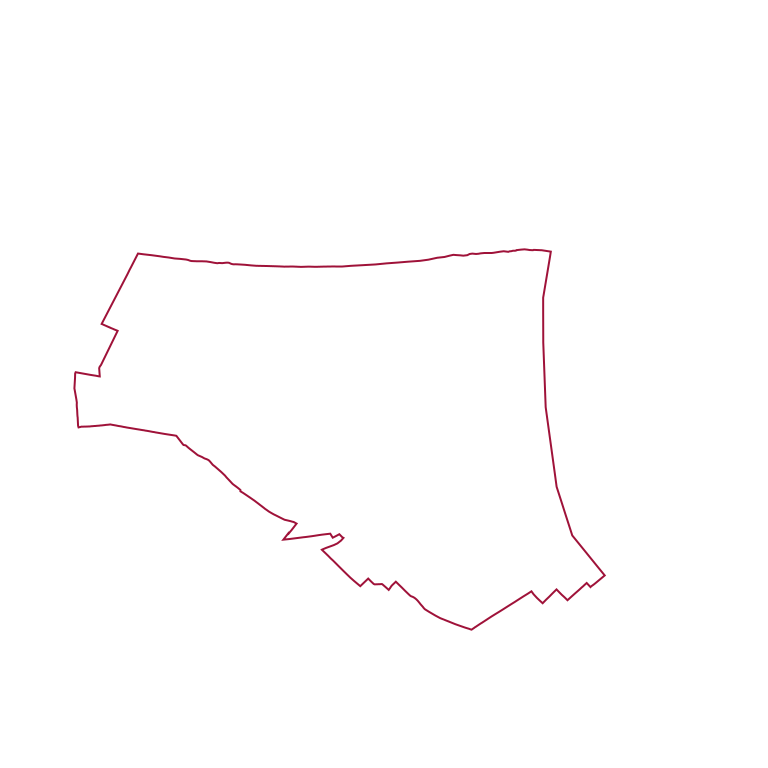 Ciudad Madero, Tamaulipas, Mexico, rotated 296°
{"feature_id": "50627088B64715613220585", "entity_name": "Ciudad Madero", "entity_type": "district", "adm_level": 2, "iso_a3": "MEX", "parent_name": "Mexico", "parent_adm1": "Tamaulipas", "projection": "robinson", "projection_center": [-97.839, 22.278], "detail": "fine", "context": "isolated", "style": "outline", "palette": "rose", "viewbox_px": 768, "rotation_deg": 296, "n_neighbors": 0, "source": "geoboundaries", "source_scale": "gbopen_adm2", "svg_char_len": 4822}
<svg xmlns="http://www.w3.org/2000/svg" viewBox="0 0 768 768"><g transform="rotate(296 384 384)"><path d="M308.7,666.3L313.5,655.9L323.8,633.8L330.4,619.6L334.9,615.3L345.7,604.9L356.9,594.2L367.3,584.2L378.7,576.6L434.0,539.5L491.2,508.9L495.1,507.0L519.5,495.0L531.4,489.2L533.8,488.5L570.9,477.5L576.1,475.9L573.4,467.2L570.2,459.8L569.6,459.3L568.3,456.3L567.5,453.7L566.6,451.2L564.7,448.0L562.7,444.9L562.4,444.4L562.1,444.4L561.3,443.5L560.4,441.6L559.1,440.1L558.3,438.7L557.3,437.8L555.8,433.4L553.7,430.2L551.5,427.1L550.0,425.0L549.1,423.6L547.3,420.0L545.7,416.7L543.8,413.6L542.4,411.7L541.2,409.7L539.9,406.2L538.4,404.0L536.3,402.4L534.1,399.0L533.1,396.2L531.7,392.8L530.5,389.7L528.1,386.7L524.7,382.7L520.8,376.5L515.2,369.4L510.5,362.4L504.3,351.7L499.0,342.8L493.6,333.5L487.7,323.9L481.2,312.3L475.8,302.6L471.3,295.0L468.3,288.8L467.1,286.3L462.9,278.0L459.3,271.1L456.6,265.1L452.9,258.1L449.5,250.3L445.8,243.0L444.0,238.8L442.8,236.1L438.7,227.0L434.3,217.5L432.4,212.7L430.2,206.8L427.9,201.2L426.6,198.2L425.7,196.5L425.2,195.0L425.0,193.6L425.0,191.7L424.7,190.7L423.7,188.7L421.7,185.6L420.5,182.7L419.5,181.3L418.5,178.2L417.5,174.5L416.3,170.6L414.6,166.8L412.5,162.5L410.7,158.4L410.2,157.3L409.8,155.8L409.6,153.6L409.1,151.5L407.0,145.7L405.0,140.7L403.7,136.3L403.2,134.7L401.6,130.1L400.5,126.5L400.0,125.0L397.8,118.4L395.2,111.1L393.4,105.7L377.9,105.4L375.5,105.3L373.0,105.3L370.5,105.3L315.0,103.9L314.2,103.9L314.6,114.1L315.0,121.3L277.0,121.3L275.5,121.0L274.4,120.9L273.3,121.1L266.2,125.2L265.8,124.0L265.1,121.3L264.1,118.1L263.5,116.1L259.4,101.7L258.1,101.8L256.5,102.5L254.1,103.6L244.5,107.6L244.1,107.8L243.9,108.0L235.1,114.4L232.6,116.1L230.7,116.9L228.5,118.1L226.3,119.5L224.1,120.7L221.9,121.9L220.4,122.8L219.7,123.3L212.6,127.2L211.7,127.9L211.1,128.5L212.5,130.2L213.0,130.7L214.2,133.1L215.5,135.6L216.9,138.2L217.8,139.6L218.3,140.5L219.1,141.8L219.7,142.9L220.5,144.2L220.8,144.7L221.9,146.6L222.1,146.8L223.2,148.7L223.4,149.0L224.8,151.2L225.3,151.9L226.3,153.6L227.3,155.2L227.6,155.5L228.5,158.8L229.2,161.2L229.5,162.4L229.9,163.9L230.6,166.1L230.7,166.5L231.4,169.3L231.6,169.8L232.2,172.1L232.6,173.4L233.2,175.4L233.7,177.1L234.0,178.1L234.8,180.8L235.0,181.5L235.9,184.4L236.0,184.8L236.9,187.8L237.1,188.3L237.6,190.3L237.9,191.1L238.7,193.9L239.5,196.9L240.1,198.8L240.3,199.7L241.1,202.4L243.0,208.9L244.4,213.4L244.5,213.7L245.4,216.6L246.0,218.5L246.4,220.1L244.7,223.5L241.9,229.1L241.3,230.5L241.9,232.6L241.8,233.2L240.9,236.4L240.3,239.1L240.2,239.6L239.3,243.8L238.6,246.8L238.4,247.9L238.6,252.4L238.4,255.3L238.7,257.6L238.7,259.7L238.1,261.5L236.3,265.5L235.7,268.4L233.5,276.5L232.0,281.2L231.0,283.4L228.5,290.0L228.2,290.7L227.7,292.2L226.8,297.1L226.4,299.0L225.8,301.4L225.5,301.6L224.6,302.0L224.4,304.5L224.3,305.4L223.8,309.0L223.1,313.9L222.3,319.0L220.0,330.3L219.9,330.9L219.8,331.1L219.6,332.1L219.4,333.6L218.9,336.4L218.7,338.9L218.5,342.0L218.5,344.8L218.4,351.8L218.4,353.2L218.4,354.1L218.6,355.0L219.2,357.6L219.6,359.4L219.7,359.9L220.1,362.2L220.4,363.3L220.3,364.2L220.3,365.1L220.2,366.4L220.2,366.6L216.3,365.8L211.9,364.9L210.0,364.4L207.8,363.9L208.1,363.5L200.0,361.8L203.1,366.8L207.1,372.9L211.3,379.3L211.5,379.7L215.2,385.3L215.4,385.6L217.4,388.5L219.5,391.5L221.4,394.3L225.9,401.3L223.4,405.3L226.3,407.5L229.4,409.7L228.0,413.7L227.9,415.0L224.4,414.0L224.0,413.8L223.6,413.6L220.3,412.0L220.2,411.9L217.2,409.5L211.4,403.9L208.1,401.0L207.8,400.8L205.1,409.2L204.6,410.6L203.9,412.5L203.1,415.2L201.4,420.2L200.7,422.2L199.4,426.0L198.0,430.1L196.7,434.0L196.6,434.3L195.5,437.7L195.2,438.6L194.1,442.6L193.9,443.3L191.9,451.3L199.5,454.1L202.2,455.1L200.8,459.1L199.8,462.3L199.8,463.4L202.9,469.2L203.2,469.6L203.3,470.2L202.1,474.7L201.0,478.5L203.2,478.9L205.6,479.2L207.2,479.7L209.3,480.5L211.5,481.3L210.1,485.5L208.8,489.5L207.4,493.5L206.0,497.8L205.5,499.4L205.2,500.5L205.1,501.1L205.2,502.2L205.3,503.4L205.2,504.7L205.2,505.1L204.6,507.6L203.9,509.5L202.8,511.9L202.2,513.1L202.1,513.3L200.7,516.7L200.2,517.6L199.5,519.4L199.0,524.1L198.4,531.7L198.2,537.2L199.0,547.9L199.4,553.5L200.0,558.7L200.6,563.7L201.1,566.9L201.2,567.3L201.4,569.3L201.6,570.4L204.6,572.1L204.9,572.2L206.3,573.1L206.7,573.3L211.3,576.0L212.5,576.8L213.2,577.2L222.1,582.5L225.9,584.9L229.5,587.2L233.5,589.7L237.6,592.2L241.8,594.8L246.1,597.5L246.3,597.6L250.1,599.9L254.2,602.4L258.3,605.0L262.3,607.4L260.6,610.6L258.8,615.2L257.6,619.0L256.5,622.7L260.8,624.1L265.4,625.8L269.9,627.3L275.0,629.1L273.7,632.7L272.5,636.1L271.4,639.9L270.1,643.7L275.1,645.7L279.5,647.5L284.0,649.4L286.0,650.2L287.6,650.8L289.4,651.6L291.3,652.3L294.0,653.4L292.5,657.3L292.0,658.6L292.4,658.7L293.1,659.0L293.3,659.1L295.7,660.4L298.0,661.5L298.9,661.9L308.7,666.3Z" fill="none" stroke="#9f1239" stroke-width="2"/></g></svg>